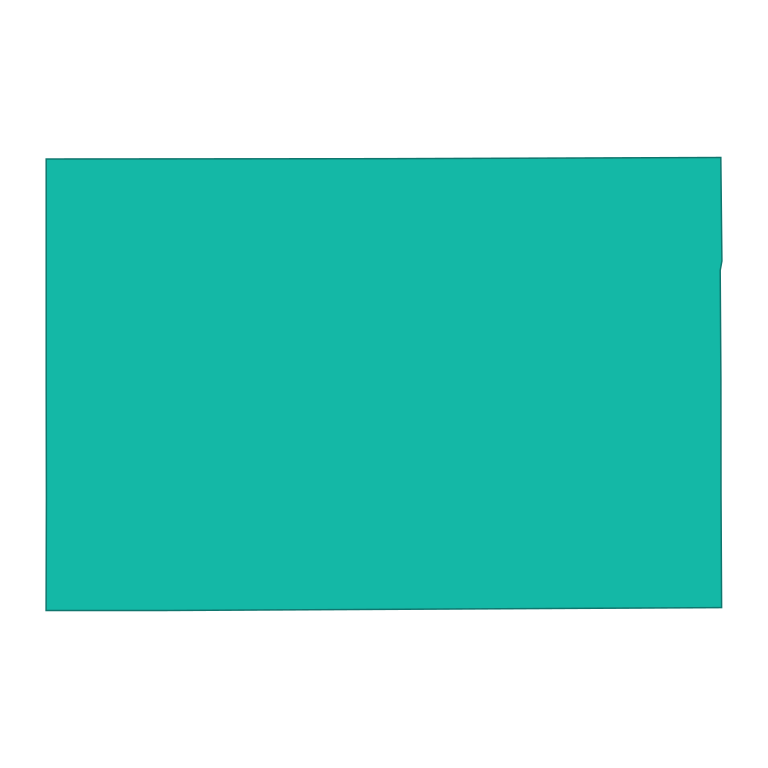 Kingman, Kansas, United States of America (Mercator projection)
{"feature_id": "52423323B43216783054971", "entity_name": "Kingman", "entity_type": "district", "adm_level": 2, "iso_a3": "USA", "parent_name": "United States of America", "parent_adm1": "Kansas", "projection": "mercator", "projection_center": [-98.077, 37.559], "detail": "fine", "context": "isolated", "style": "filled", "palette": "teal", "viewbox_px": 768, "rotation_deg": 0, "n_neighbors": 0, "source": "geoboundaries", "source_scale": "gbopen_adm2", "svg_char_len": 284}
<svg xmlns="http://www.w3.org/2000/svg" viewBox="0 0 768 768"><path d="M721.6,607.6L721.0,494.0L720.9,380.6L720.2,270.4L721.9,261.0L720.8,157.5L383.6,158.7L46.2,159.0L46.2,385.6L46.4,498.1L46.1,610.5L164.3,610.5L721.6,607.6Z" fill="#14b8a6" stroke="#0f766e" stroke-width="1.5"/></svg>